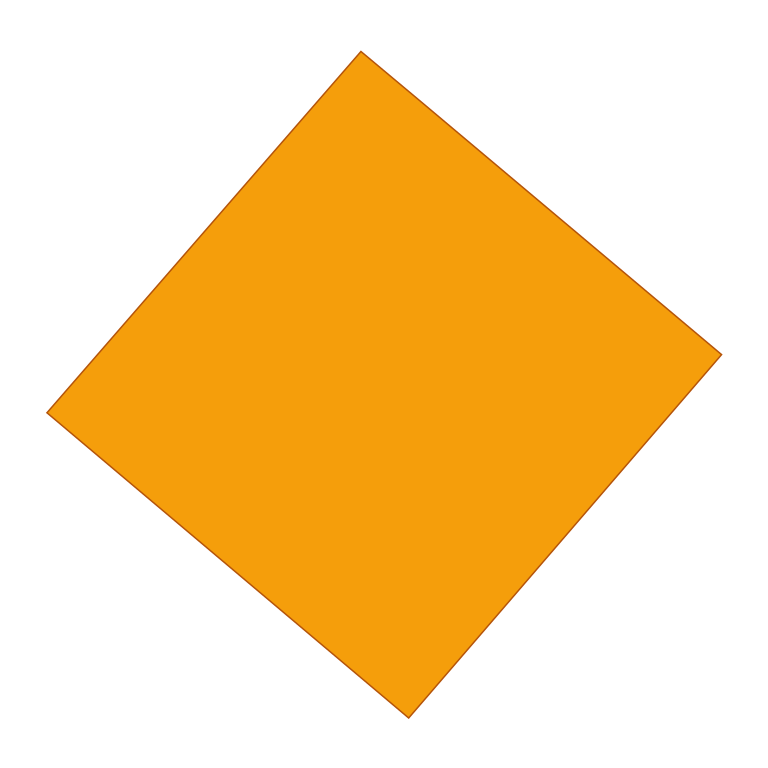 outline of Howard, Texas, United States of America, rotated 220°
{"feature_id": "52423323B44641171264537", "entity_name": "Howard", "entity_type": "district", "adm_level": 2, "iso_a3": "USA", "parent_name": "United States of America", "parent_adm1": "Texas", "projection": "robinson", "projection_center": [-101.45, 32.306], "detail": "fine", "context": "isolated", "style": "filled", "palette": "amber", "viewbox_px": 768, "rotation_deg": 220, "n_neighbors": 0, "source": "geoboundaries", "source_scale": "gbopen_adm2", "svg_char_len": 243}
<svg xmlns="http://www.w3.org/2000/svg" viewBox="0 0 768 768"><g transform="rotate(220 384 384)"><path d="M144.3,623.5L541.5,624.0L615.4,623.9L623.7,145.3L150.4,144.0L144.3,623.5Z" fill="#f59e0b" stroke="#b45309" stroke-width="1.5"/></g></svg>